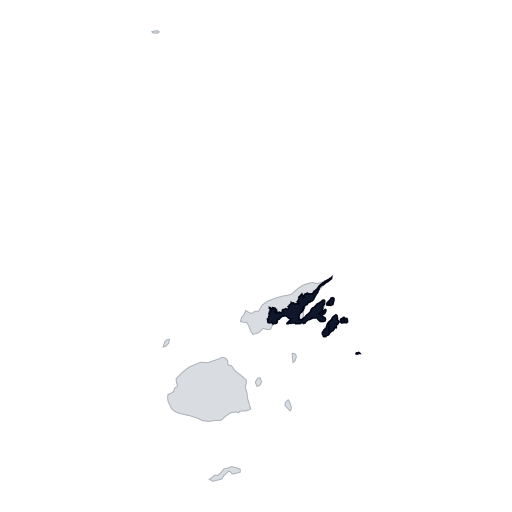 Cakaudrove, Northern, Fiji (highlighted)
{"feature_id": "14151628B95966095088914", "entity_name": "Cakaudrove", "entity_type": "district", "adm_level": 2, "iso_a3": "FJI", "parent_name": "Fiji", "parent_adm1": "Northern", "projection": "robinson", "projection_center": [179.503, -16.697], "detail": "fine", "context": "in_parent", "style": "filled", "palette": "ink", "viewbox_px": 512, "rotation_deg": 0, "n_neighbors": 0, "source": "geoboundaries", "source_scale": "gbopen_adm2", "svg_char_len": 8282}
<svg xmlns="http://www.w3.org/2000/svg" viewBox="0 0 512 512"><path d="M227.8,361.1L227.8,364.1L229.5,365.4L231.3,365.6L235.5,371.3L242.1,376.3L246.2,380.0L246.4,383.2L245.2,386.6L246.9,392.7L247.7,399.0L250.7,409.0L246.5,410.9L240.0,411.1L238.5,412.9L236.3,411.9L230.9,412.7L225.8,416.0L220.9,420.4L215.2,420.4L208.8,421.4L202.5,420.7L198.0,418.4L190.1,415.8L179.6,413.5L175.2,411.7L171.6,408.8L168.1,401.4L167.6,397.8L168.1,394.3L171.2,393.2L173.8,391.4L174.2,389.1L175.3,387.5L176.8,386.9L177.5,385.8L176.4,382.1L176.1,378.7L182.2,372.5L188.9,367.2L200.6,362.3L207.8,362.7L218.8,358.9L222.4,357.2L225.9,358.3L227.8,361.1ZM329.0,279.9L320.1,288.9L316.9,293.5L314.2,298.7L306.6,304.2L303.3,311.5L303.6,319.0L311.2,311.2L319.6,304.8L322.2,303.5L324.9,303.6L324.7,305.8L323.5,307.9L322.5,313.6L324.7,318.8L318.4,318.3L312.2,318.7L304.8,321.7L297.5,322.9L294.8,323.0L292.2,322.0L290.5,320.5L289.2,317.0L287.8,316.5L282.0,316.6L273.4,323.5L270.5,329.3L267.2,329.6L263.3,328.3L258.5,332.8L252.9,334.4L250.4,330.6L248.8,326.0L246.8,322.6L240.5,321.7L241.5,317.5L243.1,315.8L244.7,313.3L245.6,310.5L248.6,312.3L251.6,313.5L255.1,311.3L258.6,311.2L262.2,305.0L267.8,301.1L275.5,298.1L283.3,295.9L287.4,295.4L291.3,294.2L298.1,288.4L302.6,285.4L307.5,283.6L312.2,282.5L316.6,283.5L320.1,283.0L329.0,278.9L329.0,279.9ZM240.2,469.3L240.2,472.2L232.6,474.1L230.1,471.7L228.5,471.3L224.0,475.5L222.7,477.3L222.2,478.6L221.1,479.2L212.8,481.3L209.2,479.2L211.6,477.9L214.6,475.1L217.7,475.5L220.8,472.9L223.8,469.0L228.1,468.1L231.2,466.6L236.2,467.7L240.2,469.3ZM329.0,333.5L324.6,336.1L322.9,333.6L324.9,327.7L329.0,321.6L328.9,326.5L329.0,333.5ZM290.7,410.4L290.2,411.0L285.1,405.6L285.2,403.5L286.1,401.6L288.2,399.8L290.0,402.8L291.5,407.9L290.7,410.4ZM260.0,385.2L257.0,386.4L255.3,382.3L257.6,378.2L260.2,377.8L261.5,382.0L260.0,385.2ZM295.0,360.8L293.0,362.6L292.1,353.3L294.1,353.4L295.6,354.4L296.4,356.7L295.0,360.8ZM166.2,346.0L163.2,347.1L164.8,341.7L166.5,340.0L167.6,339.7L169.4,339.3L168.7,343.1L166.2,346.0ZM158.8,32.6L156.4,33.3L152.7,32.8L151.9,31.7L153.1,31.4L155.6,30.7L158.6,31.1L159.1,31.8L158.8,32.6ZM329.0,305.0L328.2,305.1L328.1,303.8L329.0,301.5L329.0,305.0Z" fill="#d9dde1" stroke="#a8b0b8" stroke-width="1"/><path d="M272.6,324.0L273.4,324.0L274.5,323.5L275.5,323.6L276.5,323.2L277.0,322.8L277.4,321.9L277.2,321.3L277.5,319.8L279.4,319.1L280.0,318.1L282.2,316.3L283.8,316.1L284.6,315.7L285.9,315.8L287.8,317.1L288.3,318.0L290.8,318.9L290.4,319.4L291.0,320.0L291.0,320.4L290.5,320.4L290.5,320.7L290.3,321.0L289.2,321.0L288.8,321.3L286.8,323.4L286.8,323.7L288.0,323.9L289.3,323.3L289.7,322.9L290.9,323.5L291.8,322.9L292.7,323.1L295.3,323.0L295.6,323.8L300.4,323.6L301.0,323.3L301.3,322.4L302.3,322.1L302.7,322.5L302.9,323.1L303.7,323.6L304.3,323.0L305.0,323.1L305.3,322.2L306.8,321.0L307.7,319.9L309.1,319.7L312.3,318.3L312.2,317.1L313.3,317.5L313.6,318.0L313.9,318.0L316.4,317.6L317.2,318.0L317.2,318.5L319.4,320.9L320.4,321.6L323.4,321.6L325.1,320.9L325.5,319.7L325.3,318.2L324.5,317.5L322.4,316.5L322.3,316.1L321.6,315.6L321.9,314.7L321.6,314.3L320.9,313.9L319.6,313.8L318.8,314.1L318.8,313.8L320.2,312.8L320.3,312.3L321.4,312.2L322.9,308.3L322.7,307.8L323.0,306.0L323.5,305.0L324.4,304.5L324.8,301.1L324.5,300.8L324.5,300.3L324.1,300.0L322.3,300.3L321.5,301.4L317.9,303.7L317.4,303.7L316.4,304.7L316.3,305.2L315.5,305.7L313.9,307.5L312.8,307.7L311.3,309.2L310.6,310.9L310.7,311.8L309.5,312.4L308.4,313.9L306.8,314.8L305.6,316.1L304.7,317.5L304.1,317.7L302.8,318.5L303.1,318.9L303.0,319.6L302.4,320.4L302.5,320.0L302.0,319.5L298.7,319.7L299.0,319.2L299.2,317.1L298.7,316.6L298.0,316.5L297.9,316.2L299.2,315.5L299.3,314.6L300.3,313.0L302.3,311.6L302.5,310.5L303.1,310.4L303.2,309.9L302.6,309.6L303.4,308.9L303.4,308.0L303.9,308.3L304.1,308.1L303.7,307.4L303.7,306.8L304.2,306.6L304.3,306.0L306.0,304.6L306.9,304.7L307.4,304.2L307.8,302.9L310.1,302.1L310.7,301.3L312.0,301.1L313.3,299.9L313.8,299.0L313.9,298.2L315.1,296.4L316.4,293.8L317.2,293.3L317.6,292.6L318.1,291.2L317.9,290.8L319.1,289.2L319.2,287.4L320.1,287.0L321.6,285.3L321.7,284.8L322.3,285.1L323.3,284.8L326.7,282.0L327.5,282.0L329.0,280.7L329.0,279.2L328.4,279.8L327.5,279.9L327.0,280.6L325.0,281.2L324.9,281.7L324.5,282.1L322.8,282.8L321.5,284.1L320.6,284.5L320.3,285.1L320.0,285.1L319.5,285.6L319.5,286.1L318.7,286.4L318.0,287.6L318.0,288.1L317.3,288.5L317.3,289.0L316.9,290.0L316.3,289.6L315.9,290.3L315.4,290.3L314.6,291.2L314.0,291.2L313.4,292.2L313.4,292.8L313.0,293.3L312.6,293.4L312.4,294.4L311.3,293.8L309.1,293.9L308.6,293.6L308.2,293.7L307.3,293.0L306.6,293.5L306.3,294.0L305.7,293.8L305.4,294.2L305.0,294.1L304.8,294.7L304.5,295.0L304.3,294.9L304.1,295.6L304.0,296.4L304.2,297.3L303.5,297.6L303.1,296.8L303.2,295.8L302.7,295.8L302.4,296.3L302.6,295.7L301.9,295.6L301.8,294.8L302.1,294.6L302.2,294.2L302.0,293.9L301.8,294.3L301.3,294.5L301.4,294.8L301.1,294.9L299.9,296.1L300.1,296.1L299.9,296.3L299.1,296.7L299.2,297.2L298.7,297.6L298.7,297.8L299.3,298.1L299.1,298.5L299.2,298.9L298.9,299.5L298.5,299.5L298.2,300.7L297.7,300.9L297.2,301.5L297.5,301.7L297.6,302.4L298.0,303.2L298.9,303.4L298.7,304.0L297.9,304.3L297.0,303.6L295.9,303.6L294.3,304.3L293.9,304.2L293.9,303.7L293.3,303.9L293.1,303.7L293.4,303.2L293.6,303.2L293.6,302.9L291.7,302.9L291.3,302.5L291.3,302.9L290.5,304.3L289.6,304.8L289.7,305.2L288.0,306.6L288.6,307.2L288.6,308.5L287.3,309.4L286.8,309.4L286.2,308.7L285.8,308.6L284.2,309.6L283.6,309.4L282.9,309.5L282.4,310.1L282.2,310.8L282.4,311.5L282.1,311.7L282.0,312.8L280.7,312.8L279.4,312.1L278.5,312.8L278.0,312.3L277.7,312.3L277.5,312.8L276.4,312.6L275.9,313.0L275.4,313.1L275.2,312.0L275.5,312.0L275.8,311.7L276.2,312.2L276.7,311.0L276.6,310.3L276.0,309.8L275.8,310.1L275.5,309.9L275.8,309.6L275.6,309.6L275.7,309.3L275.3,308.3L274.6,308.0L273.7,308.8L273.6,308.5L273.4,308.4L273.5,307.8L272.7,307.6L272.5,308.9L272.2,308.8L272.2,309.3L271.8,309.6L271.3,309.5L271.3,310.0L271.1,310.0L270.9,309.3L271.5,309.0L271.5,308.6L270.8,308.8L270.6,307.8L270.0,308.2L269.3,307.5L269.2,308.1L270.1,308.6L270.0,309.0L270.2,309.3L270.5,309.7L270.0,310.1L270.1,311.1L270.4,311.4L269.5,312.0L269.8,312.3L269.4,312.4L269.6,313.2L269.1,313.2L268.9,313.6L269.2,313.7L268.9,314.0L269.6,314.6L269.3,315.5L268.6,316.4L268.5,318.6L267.4,318.9L267.5,319.8L267.9,320.3L267.7,320.7L267.7,322.1L268.2,322.6L269.0,322.9L270.9,322.8L271.1,322.4L271.3,322.4L272.4,323.0L272.6,324.0ZM337.9,324.0L338.5,323.2L338.6,322.3L339.2,321.9L339.2,321.6L338.8,320.8L337.9,320.4L337.3,319.5L337.6,318.0L337.2,316.9L337.1,315.8L336.8,315.3L335.9,314.7L332.9,316.9L332.0,318.2L331.7,319.1L330.7,320.3L329.8,321.0L329.6,321.5L329.0,321.8L329.0,334.4L329.8,332.8L332.2,330.9L333.1,330.7L334.7,328.2L334.7,327.8L335.4,327.6L336.2,327.9L336.4,327.5L336.3,326.5L336.8,324.7L336.6,324.4L337.2,324.5L337.9,324.0ZM329.0,321.8L328.2,322.5L327.8,323.6L327.3,324.0L326.3,327.9L325.8,328.5L324.0,329.7L323.4,331.2L323.1,331.4L323.0,331.8L322.7,331.8L322.3,332.5L322.3,334.3L322.9,334.9L323.3,336.3L323.7,336.7L325.9,336.6L326.4,335.7L328.4,335.0L329.0,334.4L329.0,321.8ZM334.2,299.1L333.6,298.0L332.4,297.6L330.7,298.3L330.5,299.9L329.9,299.9L329.0,300.9L329.0,304.5L329.2,304.3L329.3,305.3L330.8,305.5L333.0,304.4L334.2,299.1ZM344.2,320.4L343.1,318.4L342.6,318.2L342.1,318.9L341.4,318.6L340.5,319.4L340.6,319.9L341.3,320.3L340.7,321.2L340.6,322.2L341.6,323.1L344.1,322.6L344.2,320.4ZM346.6,322.8L347.6,321.9L347.5,320.0L347.0,318.5L346.1,318.3L345.2,318.5L344.5,319.2L344.3,320.5L344.5,321.8L345.0,322.7L346.6,322.8ZM325.9,309.7L325.6,309.4L324.8,309.6L324.5,310.4L322.8,311.0L322.6,312.2L321.4,313.3L321.3,313.7L322.4,314.4L324.0,314.1L324.7,313.4L325.5,312.1L325.9,310.8L325.9,309.7ZM329.0,300.9L328.3,301.3L328.0,301.9L328.2,302.0L327.8,302.6L327.4,302.5L326.8,303.2L326.8,304.6L326.9,305.1L328.3,305.1L329.0,304.5L329.0,300.9ZM329.0,279.2L329.0,280.7L331.0,279.2L331.6,278.5L331.8,277.0L331.2,277.6L331.0,278.2L329.8,278.5L329.0,279.2ZM357.9,354.1L358.3,353.5L358.2,352.9L358.0,352.7L356.4,352.9L355.9,353.6L355.9,353.8L357.0,354.1L357.9,354.1ZM344.0,318.6L344.5,317.8L344.1,317.3L343.3,317.4L343.3,318.3L343.7,318.6L344.0,318.6ZM360.1,353.5L359.6,352.9L359.1,352.6L359.1,353.1L359.6,353.5L360.1,353.5ZM289.9,320.8L289.5,320.7L289.5,321.0L289.6,320.7L289.9,320.8Z" fill="#0f172a" stroke="#020617" stroke-width="1.5"/></svg>